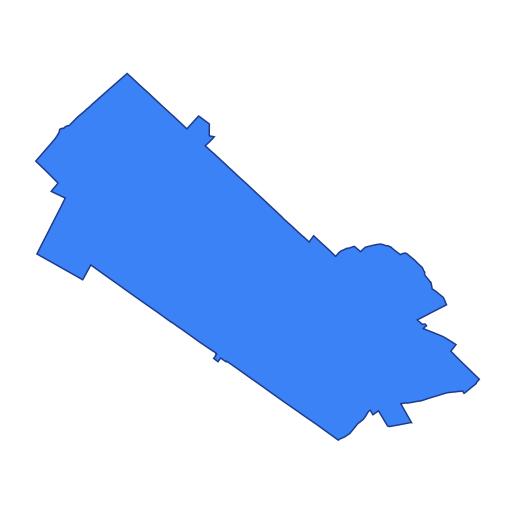 Costesti, Buzau, Romania, rotated 88°
{"feature_id": "2599482B55165348658592", "entity_name": "Costesti", "entity_type": "district", "adm_level": 2, "iso_a3": "ROU", "parent_name": "Romania", "parent_adm1": "Buzau", "projection": "orthographic", "projection_center": [26.756, 45.052], "detail": "fine", "context": "isolated", "style": "filled", "palette": "blue", "viewbox_px": 512, "rotation_deg": 88, "n_neighbors": 0, "source": "geoboundaries", "source_scale": "gbopen_adm2", "svg_char_len": 5286}
<svg xmlns="http://www.w3.org/2000/svg" viewBox="0 0 512 512"><g transform="rotate(88 256 256)"><path d="M246.3,474.9L247.3,473.2L247.6,472.8L255.8,459.3L273.7,430.0L259.2,421.4L270.4,406.9L278.4,396.4L288.8,382.9L298.3,370.4L300.5,367.5L302.4,364.9L304.0,362.8L306.1,360.0L308.5,356.8L310.0,354.8L312.8,351.3L319.3,342.9L319.5,342.2L323.9,336.5L325.4,334.5L325.8,333.9L326.9,332.5L327.1,332.1L328.7,330.1L331.2,326.8L339.2,316.5L340.7,314.5L341.6,313.2L341.9,312.8L343.9,310.1L349.1,303.0L350.3,301.1L351.1,300.0L351.9,299.1L352.5,299.6L353.0,298.9L353.1,299.0L353.7,299.5L354.1,299.8L355.5,300.7L356.9,301.9L358.5,299.9L360.3,297.7L356.8,294.9L357.6,293.7L358.4,292.7L360.2,290.3L360.0,290.2L360.7,289.2L360.3,288.8L361.0,287.8L362.6,285.6L378.9,264.3L382.7,259.2L402.9,232.9L403.3,232.3L404.5,230.7L406.1,228.6L408.4,225.5L410.5,222.7L413.4,218.8L416.9,214.2L422.8,206.2L426.0,201.9L442.9,180.2L441.8,178.6L440.0,173.9L436.7,168.5L430.5,163.1L429.6,162.3L427.6,160.6L427.1,160.1L425.4,157.7L423.1,154.6L419.9,152.0L417.8,150.7L415.1,148.9L414.2,147.2L418.7,144.7L418.5,144.3L415.0,139.0L430.5,130.4L431.1,128.9L429.9,120.0L427.9,107.5L428.0,106.4L409.2,116.2L409.0,116.3L408.6,116.4L408.6,116.2L408.6,115.8L408.3,113.5L408.0,111.3L408.3,110.3L408.2,109.3L407.9,106.4L407.7,105.1L407.5,103.8L407.4,103.3L407.1,101.2L406.8,99.2L406.7,97.8L406.6,96.7L406.4,95.6L405.0,90.8L404.4,88.9L403.7,86.3L402.7,82.5L400.5,74.4L399.4,70.1L399.3,69.4L399.1,66.8L398.8,63.7L398.8,61.7L398.5,59.4L398.4,57.1L398.1,54.3L398.7,54.0L400.5,52.9L400.2,52.3L399.4,51.2L397.1,48.3L391.2,40.4L390.7,40.6L390.3,40.2L387.0,37.1L366.9,56.4L366.6,56.6L363.0,60.0L361.9,61.0L357.9,64.6L351.5,59.2L350.6,60.5L350.3,61.0L350.0,61.4L347.4,65.2L345.8,67.6L344.3,69.9L342.9,72.3L341.5,75.3L338.8,81.3L337.5,84.3L336.7,86.2L336.2,87.3L335.3,89.3L334.6,91.0L334.4,90.8L334.2,91.2L333.7,90.7L333.2,90.2L332.8,89.8L332.5,89.3L332.2,88.7L331.8,88.0L331.7,88.0L331.2,88.4L331.1,88.5L330.9,88.6L330.7,88.7L330.4,88.9L330.3,89.0L329.9,89.3L330.0,91.6L330.0,92.0L329.9,92.4L328.6,93.8L325.5,97.1L321.2,88.0L318.1,81.5L315.0,74.9L313.1,70.8L312.5,69.5L311.4,67.3L309.9,67.9L306.8,69.0L304.6,70.0L303.9,70.3L298.6,76.4L297.4,77.7L296.0,79.7L296.0,79.9L294.9,81.1L292.4,81.4L288.5,82.1L287.8,82.6L287.9,83.1L286.4,83.8L283.1,86.4L281.5,87.7L280.6,88.0L280.0,88.2L279.4,88.1L278.8,88.0L278.4,87.9L278.1,87.9L277.7,88.1L277.2,88.5L276.5,89.0L275.2,89.5L274.7,89.6L274.1,89.9L273.8,90.0L273.1,90.4L272.9,90.7L271.9,91.7L271.4,92.2L269.1,94.5L268.5,95.1L267.0,96.4L265.3,98.0L264.6,98.7L263.7,99.8L261.1,102.8L259.2,104.8L258.4,106.2L258.2,106.8L258.5,107.5L258.4,108.1L258.8,109.6L259.2,110.9L259.7,111.6L256.8,115.3L254.4,118.1L252.3,120.4L251.5,121.1L251.4,121.6L251.3,122.1L250.9,122.7L250.7,123.0L250.6,123.3L250.5,123.6L250.3,124.0L250.3,124.5L250.3,125.0L250.3,125.4L250.1,125.8L250.0,126.4L249.7,127.0L249.1,128.6L248.7,129.9L248.4,130.8L248.6,131.4L248.5,132.4L248.6,133.9L248.8,135.3L249.2,137.3L249.3,138.2L251.0,146.3L251.5,147.0L255.3,151.4L249.8,157.4L250.0,158.2L250.2,158.9L251.3,162.6L251.4,163.3L251.4,163.9L251.5,164.7L251.5,165.0L251.7,165.6L252.0,166.2L252.6,167.4L253.4,169.5L253.9,170.7L254.1,171.1L254.6,171.8L255.8,173.4L256.2,173.7L257.5,174.8L258.8,176.0L259.1,176.5L255.6,179.9L253.8,181.5L247.5,187.9L245.8,189.7L243.7,191.8L241.9,193.6L240.3,195.2L237.8,197.7L243.9,202.4L238.2,208.1L238.1,208.3L237.5,209.0L237.0,209.6L233.9,212.7L231.9,214.7L231.3,215.3L230.6,216.1L230.0,216.6L229.2,217.4L228.6,218.0L228.0,218.6L226.3,220.3L225.1,221.6L223.5,223.3L222.3,224.5L219.9,227.0L218.6,228.2L218.2,228.4L217.3,229.3L216.6,229.9L215.5,231.1L214.1,232.5L212.6,233.9L211.2,235.3L210.4,236.1L209.7,236.8L207.9,238.7L206.8,239.7L205.5,241.0L204.6,241.9L204.0,242.5L203.3,243.2L202.3,244.1L201.4,245.1L199.4,247.0L196.8,249.7L194.9,251.6L186.4,260.1L184.7,261.7L174.4,272.3L172.7,273.9L169.9,276.7L166.1,280.6L163.3,283.3L161.5,285.1L159.4,287.3L158.5,288.2L157.2,289.5L156.1,290.6L154.8,291.9L153.5,293.2L152.1,294.6L149.4,297.5L144.5,302.5L144.1,302.9L139.0,297.1L135.4,293.6L134.3,298.4L132.5,298.5L122.4,298.0L114.7,307.6L114.1,308.5L126.5,320.6L124.1,323.0L121.7,325.4L117.1,330.0L113.6,333.4L111.1,336.1L108.6,338.6L103.0,344.3L99.1,348.2L93.6,353.7L91.2,356.0L88.6,358.6L84.7,362.7L82.6,364.8L81.2,366.3L76.3,371.1L73.5,373.9L72.4,375.0L69.1,378.5L70.3,379.9L75.7,386.5L86.0,399.1L99.1,415.0L99.6,415.4L100.1,415.9L100.9,417.0L102.3,418.7L102.9,419.6L105.3,422.3L108.5,426.4L109.8,428.1L111.0,429.5L112.4,431.1L114.2,432.9L114.8,433.6L115.6,434.4L117.0,435.9L118.7,437.6L119.0,437.9L119.1,438.6L119.5,440.7L119.7,441.0L120.1,441.9L120.5,442.5L120.7,442.9L121.1,443.1L121.4,443.4L121.6,443.6L121.9,443.9L121.9,444.1L121.8,444.3L121.6,444.7L121.5,445.1L121.8,445.5L122.0,446.6L122.3,447.3L122.8,447.8L125.8,448.6L129.5,451.0L132.5,453.3L140.2,460.4L145.0,464.9L153.5,472.8L163.3,463.3L165.0,461.7L169.6,457.4L171.9,455.3L174.5,452.9L175.8,451.6L176.4,451.4L183.8,458.1L184.3,458.4L185.8,455.5L188.9,449.5L189.8,447.9L190.8,445.8L191.4,444.6L198.2,448.3L199.3,448.8L218.1,459.3L224.4,462.7L224.7,462.9L226.5,463.9L236.9,469.7L239.8,471.3L241.0,472.0L241.5,472.2L242.4,472.7L243.9,473.5L244.0,473.6L244.4,473.8L244.9,474.1L245.6,474.5L246.3,474.9Z" fill="#3b82f6" stroke="#1e3a8a" stroke-width="1.5"/></g></svg>